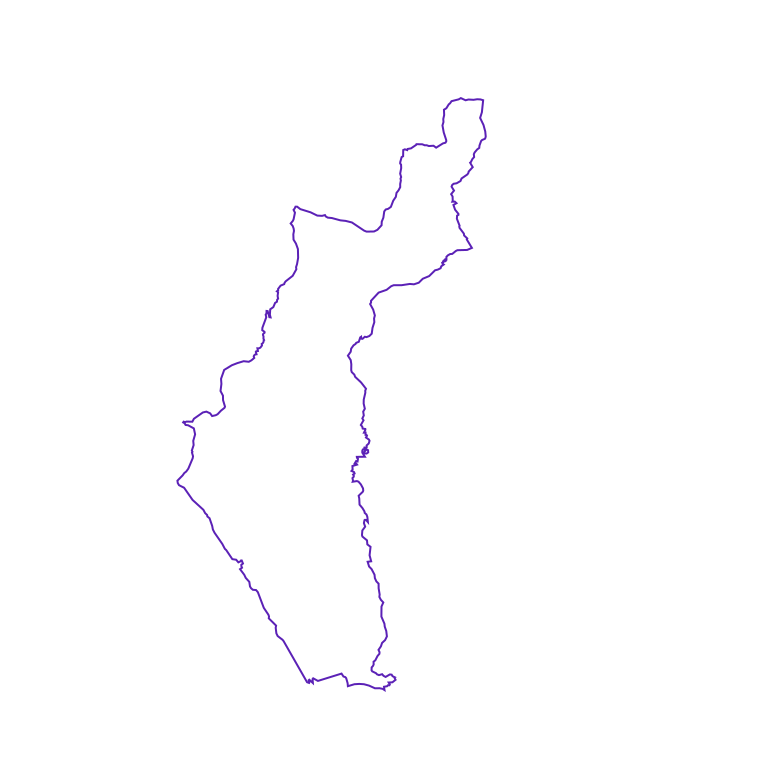 Batrani, Prahova, Romania (Natural Earth projection), rotated 33°
{"feature_id": "2599482B71534935033185", "entity_name": "Batrani", "entity_type": "district", "adm_level": 2, "iso_a3": "ROU", "parent_name": "Romania", "parent_adm1": "Prahova", "projection": "natural_earth1", "projection_center": [26.104, 45.367], "detail": "fine", "context": "isolated", "style": "outline", "palette": "violet", "viewbox_px": 768, "rotation_deg": 33, "n_neighbors": 0, "source": "geoboundaries", "source_scale": "gbopen_adm2", "svg_char_len": 6160}
<svg xmlns="http://www.w3.org/2000/svg" viewBox="0 0 768 768"><g transform="rotate(33 384 384)"><path d="M551.1,640.4L548.9,637.9L551.2,635.8L551.4,634.5L552.6,633.7L552.5,632.8L550.5,631.8L553.5,629.6L554.8,625.8L552.5,624.5L552.7,624.1L550.3,624.4L548.7,623.6L547.1,624.4L544.9,628.8L542.5,629.0L540.5,628.4L538.3,630.9L536.2,631.3L534.8,630.9L530.6,631.4L529.5,630.9L528.0,628.4L528.3,626.5L528.1,624.9L526.5,622.6L527.2,620.5L526.7,615.6L527.1,612.8L526.3,611.3L524.2,610.0L524.3,605.7L523.4,602.2L524.4,598.2L523.9,594.1L520.4,589.9L516.8,587.1L514.9,584.8L508.5,580.5L503.1,572.0L502.4,567.6L498.9,566.7L496.1,565.1L495.0,562.9L490.8,558.3L488.2,554.4L485.1,553.7L482.1,551.8L479.9,549.1L474.4,546.0L470.9,545.2L467.1,542.0L469.8,539.7L465.2,535.5L461.4,527.9L457.4,527.6L454.9,524.4L449.0,523.7L447.8,522.7L445.6,518.6L445.9,513.9L442.9,511.6L441.8,508.8L442.0,508.3L443.0,507.8L445.7,508.6L442.4,504.5L440.4,503.0L438.0,502.6L437.0,501.5L433.5,499.8L429.2,498.5L425.6,493.5L423.6,491.5L424.9,485.9L424.7,484.8L423.3,483.0L419.3,480.8L415.8,479.8L414.1,480.2L411.0,483.0L410.8,482.1L408.8,480.1L409.1,478.3L408.7,477.4L407.4,476.8L408.1,475.1L406.9,474.2L404.1,474.6L404.3,472.9L402.2,470.0L405.3,466.3L404.1,465.9L402.7,466.6L402.6,463.8L404.0,463.4L402.9,460.9L401.5,460.6L400.9,459.9L407.6,455.4L403.2,453.4L402.2,451.9L401.9,450.5L403.9,449.3L404.9,449.4L404.3,452.4L404.6,453.3L407.3,451.8L408.0,450.0L406.7,448.2L401.5,448.3L403.4,447.3L403.9,446.4L402.9,445.0L403.6,442.2L402.8,439.5L401.6,438.8L398.0,438.7L397.9,436.6L397.0,436.2L396.2,436.7L395.0,434.8L393.7,435.7L393.3,432.5L392.8,431.9L390.4,433.0L389.0,431.6L386.9,431.0L386.6,425.6L384.6,424.7L384.2,421.4L381.6,418.5L381.4,415.2L377.6,411.5L375.5,408.1L373.1,401.5L371.9,399.8L371.5,397.8L364.0,395.2L355.9,393.7L354.0,392.3L350.5,391.6L349.0,390.3L345.8,385.2L343.1,382.1L338.3,379.9L338.5,375.1L337.2,372.2L337.4,368.1L338.3,366.0L338.3,364.6L339.9,362.3L338.7,357.9L339.1,356.9L340.2,358.4L341.4,357.8L342.2,354.8L343.8,354.2L345.6,351.7L346.3,348.5L343.8,343.2L342.2,337.4L340.0,334.5L339.0,331.5L334.4,327.5L328.8,324.5L328.8,322.8L327.8,321.3L329.7,310.3L334.9,303.6L336.8,298.0L338.3,295.9L345.0,291.5L351.2,286.0L354.8,284.1L358.0,280.1L359.2,274.6L363.1,268.9L364.9,260.8L366.8,258.8L368.4,256.1L367.9,254.1L369.0,251.3L367.7,251.3L366.8,250.6L367.5,249.6L366.8,249.0L366.8,248.1L368.5,247.7L368.7,247.1L367.4,246.7L367.4,246.0L368.5,245.5L367.1,243.4L367.5,241.3L368.7,239.0L370.4,237.7L371.8,233.3L372.7,231.8L380.7,226.3L383.6,222.0L374.7,217.7L374.6,216.6L370.3,215.8L369.1,214.4L362.3,211.9L361.3,210.8L361.2,210.1L355.1,205.7L353.6,203.0L354.3,201.6L353.8,200.8L348.7,199.1L344.7,196.0L346.3,192.9L344.0,192.5L342.0,193.9L341.8,192.8L339.4,189.4L336.9,188.2L337.4,183.7L333.2,181.7L332.8,180.1L333.3,178.2L335.6,176.1L337.6,172.1L337.1,169.4L339.8,162.8L339.8,161.0L339.3,159.7L340.3,153.8L335.7,151.5L336.0,150.6L335.6,147.2L336.0,144.6L334.2,142.4L333.9,140.5L334.4,136.5L335.3,134.1L334.2,132.0L333.1,127.3L333.4,125.9L335.1,123.4L335.0,122.4L334.5,121.0L331.4,117.1L326.4,112.6L319.7,108.5L318.1,102.8L312.6,92.0L309.9,92.8L307.1,94.4L304.3,96.9L299.9,99.4L297.9,101.6L292.7,102.4L291.6,104.6L286.6,110.0L286.5,112.7L286.0,114.2L286.1,118.8L284.9,121.3L288.0,125.7L289.4,129.5L291.2,131.9L292.2,135.3L297.1,140.5L303.4,145.6L304.1,146.7L304.1,148.2L302.4,150.1L299.0,157.4L295.8,157.2L292.0,160.0L289.8,160.5L288.2,161.6L285.6,162.1L280.6,165.2L280.7,166.0L278.3,171.7L275.8,174.0L276.1,175.2L273.7,175.8L272.7,177.3L276.0,182.6L275.2,184.1L276.8,189.1L277.5,190.3L278.8,190.7L280.8,193.5L283.0,198.8L285.7,201.1L286.0,202.8L287.3,204.1L288.6,207.4L290.4,210.1L290.7,213.8L290.4,216.9L292.0,220.6L291.9,225.2L293.3,231.7L292.1,234.8L290.4,236.7L290.2,239.1L292.9,244.9L293.7,249.1L295.5,252.2L294.5,258.3L292.6,261.5L286.4,265.7L283.8,266.2L269.1,266.0L263.0,268.1L258.3,270.5L249.9,273.2L246.2,275.1L243.9,275.2L242.5,274.5L240.5,276.7L236.3,279.1L228.9,280.0L218.6,282.9L214.6,282.6L213.2,283.5L213.5,285.5L213.3,287.2L216.0,288.8L218.5,295.2L218.7,297.0L218.3,300.2L221.4,301.2L223.5,302.8L225.1,304.6L226.4,307.8L229.5,312.2L233.7,314.2L238.3,317.7L243.3,325.0L245.8,330.9L246.6,333.9L248.0,335.5L248.5,343.0L245.6,351.5L245.5,353.2L245.9,354.6L243.7,357.8L243.4,362.0L244.2,363.0L243.7,364.6L245.2,364.7L246.8,368.1L248.7,370.1L248.5,371.5L249.4,373.3L248.5,375.3L249.3,379.8L247.9,383.3L250.6,388.1L252.6,389.9L251.5,390.4L246.7,386.2L245.7,386.7L247.0,388.8L247.0,390.3L248.9,392.1L251.4,403.1L252.6,405.2L255.3,405.3L255.9,406.0L255.4,407.9L255.7,408.7L257.1,409.8L258.1,411.5L259.4,412.4L259.2,412.7L260.0,414.2L260.1,415.8L259.6,417.0L260.7,418.2L260.5,420.9L259.5,422.4L258.4,423.0L260.3,425.0L259.0,426.2L259.0,426.9L260.9,428.5L259.9,429.4L259.5,430.8L259.7,431.8L261.0,432.8L259.9,436.4L258.5,439.0L253.9,441.3L249.6,446.4L246.2,451.1L242.3,459.2L244.5,468.4L247.6,472.5L250.7,478.9L255.3,481.5L257.8,485.2L263.0,489.6L263.2,490.9L261.8,495.1L260.9,500.0L259.9,501.8L257.3,504.5L254.2,503.3L250.1,503.9L247.6,506.5L243.5,516.7L243.8,520.0L238.8,523.1L238.0,524.3L236.5,524.7L236.5,525.6L238.1,525.5L239.9,526.4L242.2,525.3L248.7,524.8L253.0,529.1L255.0,535.6L257.6,538.9L259.1,544.5L260.3,545.2L260.3,546.1L263.2,548.6L264.0,550.5L266.0,561.6L265.8,565.1L265.0,567.5L264.9,570.3L263.4,577.6L265.0,579.4L267.2,580.5L272.9,579.9L286.6,585.5L301.1,587.9L304.3,589.7L307.0,590.2L308.0,591.3L310.8,591.6L317.2,596.6L319.7,599.2L322.8,601.0L335.5,606.2L340.3,608.9L342.1,609.2L352.2,613.5L355.7,611.9L359.0,612.9L360.2,610.9L360.2,609.9L360.8,609.5L363.5,611.4L362.8,613.3L363.5,614.4L365.0,615.4L364.1,617.7L370.7,620.1L373.6,621.9L378.8,623.3L381.9,626.8L383.8,627.7L386.1,628.0L388.9,626.5L391.6,627.3L405.1,637.2L412.8,640.5L414.2,641.6L415.0,643.3L425.1,645.4L425.9,647.4L429.6,651.8L432.1,653.3L438.3,653.8L439.8,654.3L481.9,676.0L484.0,675.5L483.9,674.9L482.2,673.5L482.4,672.7L487.2,673.5L484.8,670.4L484.9,669.4L490.3,669.0L506.1,650.0L509.3,651.4L511.2,650.9L512.5,651.3L516.4,654.7L518.3,657.1L522.7,651.9L526.6,649.0L530.7,646.7L535.7,645.1L542.2,644.1L545.9,641.6L548.9,640.4L551.1,640.4Z" fill="none" stroke="#5b21b6" stroke-width="2"/></g></svg>